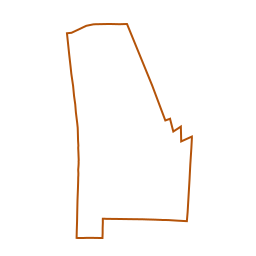 outline of Negoi, Dolj, Romania, rotated 174°
{"feature_id": "2599482B37503809350208", "entity_name": "Negoi", "entity_type": "district", "adm_level": 2, "iso_a3": "ROU", "parent_name": "Romania", "parent_adm1": "Dolj", "projection": "equal_earth", "projection_center": [23.369, 43.899], "detail": "fine", "context": "isolated", "style": "outline", "palette": "amber", "viewbox_px": 256, "rotation_deg": 174, "n_neighbors": 0, "source": "geoboundaries", "source_scale": "gbopen_adm2", "svg_char_len": 1407}
<svg xmlns="http://www.w3.org/2000/svg" viewBox="0 0 256 256"><g transform="rotate(174 128 128)"><path d="M178.8,228.6L178.8,216.0L178.8,207.0L178.7,194.9L178.7,187.9L178.2,175.6L178.3,165.7L178.0,157.0L178.2,149.1L178.0,138.2L178.0,135.5L178.0,133.6L178.2,130.7L178.6,125.5L179.0,120.6L179.2,115.7L179.6,113.5L179.9,108.4L180.1,105.5L180.3,102.5L180.4,101.0L180.6,100.3L180.7,98.7L181.0,96.6L181.2,95.4L181.9,91.6L182.1,88.0L182.4,85.6L182.6,84.6L182.8,83.1L183.0,81.3L183.4,78.2L183.8,75.3L184.2,72.4L185.8,61.3L187.1,51.1L188.4,40.6L189.7,31.1L190.6,24.1L189.7,23.9L187.7,23.7L184.3,23.3L182.8,23.2L181.2,23.1L179.2,22.9L177.0,22.7L174.5,22.4L172.0,22.1L168.7,21.7L165.8,21.4L164.9,21.3L164.2,26.1L163.7,30.9L163.0,35.9L162.9,36.4L162.9,37.0L162.8,37.7L162.8,37.9L162.7,38.4L162.7,38.5L162.7,38.8L162.7,39.1L162.5,40.4L161.4,40.3L158.3,39.8L151.9,39.1L131.7,36.7L123.1,35.7L118.1,35.0L112.8,34.3L109.9,33.9L107.3,33.5L105.7,33.3L104.9,33.2L103.4,32.9L101.2,32.7L97.4,32.2L92.7,31.4L88.0,30.6L81.1,29.5L79.9,29.3L79.2,29.2L77.5,38.1L76.1,46.6L72.2,70.3L69.9,84.9L67.7,97.8L67.1,101.3L65.5,111.4L65.4,112.8L68.4,111.8L76.5,109.1L76.0,115.0L75.3,123.9L78.7,122.1L83.3,119.8L83.7,122.3L85.2,132.5L85.2,132.8L89.2,131.8L90.1,131.6L99.5,167.7L118.1,231.5L118.8,231.6L125.5,232.1L135.6,233.4L149.5,234.6L151.7,234.7L158.8,234.0L174.2,228.6L178.8,228.6Z" fill="none" stroke="#b45309" stroke-width="2"/></g></svg>